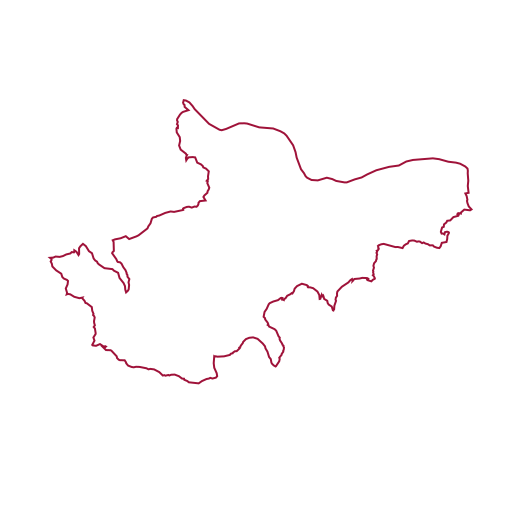 Vetel, Hunedoara, Romania (Equal Earth projection), rotated 12°
{"feature_id": "2599482B75379563819693", "entity_name": "Vetel", "entity_type": "district", "adm_level": 2, "iso_a3": "ROU", "parent_name": "Romania", "parent_adm1": "Hunedoara", "projection": "equal_earth", "projection_center": [22.747, 45.868], "detail": "fine", "context": "isolated", "style": "outline", "palette": "rose", "viewbox_px": 512, "rotation_deg": 12, "n_neighbors": 0, "source": "geoboundaries", "source_scale": "gbopen_adm2", "svg_char_len": 6119}
<svg xmlns="http://www.w3.org/2000/svg" viewBox="0 0 512 512"><g transform="rotate(12 256 256)"><path d="M78.8,332.9L79.8,332.2L82.3,332.1L86.7,333.7L92.0,334.0L94.8,332.8L94.6,333.3L97.6,335.5L99.0,337.4L100.3,337.4L106.0,340.1L107.2,343.6L109.1,346.4L108.9,347.6L110.2,348.5L111.0,349.7L111.1,353.4L111.6,355.1L112.8,357.3L112.0,359.2L113.5,360.4L115.2,364.8L115.3,365.7L113.9,369.5L115.6,372.4L114.3,377.0L114.9,377.4L118.2,377.1L121.7,374.6L125.5,376.1L126.8,376.3L127.2,375.6L128.0,375.8L127.4,376.6L125.2,376.9L128.8,379.2L133.3,378.4L134.3,378.7L140.6,383.1L141.3,384.7L143.3,386.0L144.6,386.2L149.2,385.3L151.1,387.2L151.3,387.9L153.7,389.8L157.4,390.4L159.5,390.3L161.7,389.3L165.2,388.7L172.2,388.6L174.4,389.2L176.0,388.4L179.9,388.1L185.6,389.7L189.7,392.3L191.1,391.6L192.3,391.9L195.0,390.6L196.0,390.9L197.7,389.8L201.1,388.9L205.6,389.6L209.2,391.3L211.1,391.0L211.6,392.0L214.9,392.6L216.5,393.5L226.4,392.5L229.1,389.6L233.2,386.6L235.4,385.7L236.6,384.7L238.9,384.9L242.1,383.3L243.0,381.6L241.9,378.8L238.4,374.0L236.9,369.6L236.0,362.7L236.8,363.0L237.3,362.5L239.2,362.5L245.6,360.8L251.0,358.2L251.6,356.9L253.4,356.0L253.4,355.5L255.1,353.6L256.9,353.1L259.2,349.7L258.7,349.1L259.6,348.2L259.7,347.0L261.2,343.9L261.3,342.7L263.4,339.4L266.4,337.4L270.1,336.2L274.8,336.7L280.8,340.2L283.6,342.5L284.5,344.4L287.1,347.2L289.8,352.1L291.9,353.8L293.2,357.0L293.9,357.9L296.0,359.3L298.1,360.0L298.4,359.7L300.6,354.2L300.6,351.8L299.9,350.7L301.6,347.3L301.5,346.4L302.6,343.9L302.3,343.2L302.6,341.9L302.4,339.7L301.5,338.6L301.5,338.0L300.2,337.2L299.9,336.4L297.2,333.7L296.3,332.3L296.2,330.9L294.8,329.9L291.3,324.9L289.4,323.7L283.5,322.3L282.8,321.4L281.8,321.0L282.2,320.2L281.2,318.7L278.2,316.2L277.8,315.0L276.1,313.9L276.0,308.9L277.4,305.6L278.5,300.5L279.2,299.3L282.4,296.9L286.7,294.6L288.9,292.0L289.7,291.6L290.2,291.6L290.0,292.0L290.7,293.3L291.4,293.0L292.4,293.3L292.4,292.3L293.6,291.3L294.8,288.4L297.6,286.2L298.6,284.9L299.4,285.1L300.4,282.5L300.6,279.9L302.4,276.9L306.6,273.6L311.7,273.9L313.0,274.6L312.8,276.0L313.0,275.4L313.4,275.8L315.4,275.4L318.6,275.6L323.5,278.0L326.0,281.0L327.2,284.8L327.8,284.5L328.3,280.5L328.9,281.5L329.3,281.3L329.1,280.5L329.3,280.5L329.8,281.3L330.0,280.8L330.3,281.2L331.6,283.8L335.0,285.0L335.9,287.1L337.2,288.4L340.6,289.7L342.5,293.1L343.0,293.2L343.1,292.3L343.5,292.0L343.0,288.3L343.6,283.2L342.9,282.2L342.8,280.1L343.6,278.1L343.0,275.7L343.0,273.8L346.4,268.2L351.8,262.7L353.4,259.9L354.7,258.6L355.2,259.6L355.7,259.6L355.7,260.4L356.3,259.5L356.2,259.0L357.1,258.0L362.0,256.5L364.5,255.3L369.2,254.5L370.6,254.9L370.5,255.5L369.7,256.1L370.0,256.4L374.1,256.8L375.2,255.0L376.9,253.6L376.9,253.1L375.5,251.3L374.3,250.5L374.9,249.5L373.9,247.5L374.0,246.8L373.5,246.0L373.8,242.9L372.9,241.2L373.0,238.6L374.4,236.0L374.4,234.3L374.7,233.8L374.0,231.1L374.2,229.3L373.2,227.9L373.6,226.6L373.0,225.8L374.0,225.0L374.6,223.5L373.8,222.7L373.9,221.9L373.2,220.8L373.8,220.0L376.1,218.5L378.4,217.6L390.5,218.3L392.8,217.7L397.7,217.8L398.5,215.2L400.1,213.4L401.9,212.1L402.6,209.5L405.6,208.3L407.6,208.0L410.5,208.6L411.6,208.0L413.2,207.8L415.8,208.9L417.2,207.9L419.1,208.6L421.7,208.7L423.7,209.5L426.7,208.8L428.2,209.8L431.3,210.3L433.7,210.1L434.6,208.2L435.0,204.5L439.4,202.7L439.5,199.7L439.0,196.4L439.9,193.5L439.8,192.9L439.3,192.6L437.8,192.5L435.9,193.4L435.8,195.7L434.1,195.1L432.9,195.5L431.8,194.0L431.8,193.2L432.1,189.4L433.6,188.4L433.3,186.0L435.2,183.7L435.7,181.8L438.6,180.8L441.0,176.9L445.5,174.6L445.7,173.7L444.3,173.2L444.5,172.4L445.4,171.9L447.6,171.9L447.4,170.9L450.1,167.3L455.9,166.8L457.1,165.6L453.8,163.3L451.9,160.4L450.9,158.2L451.1,157.1L449.6,153.6L447.8,151.3L450.8,150.0L448.6,143.5L448.0,138.3L445.9,131.1L445.5,128.6L444.7,126.5L442.0,124.9L436.5,123.3L432.2,123.1L424.5,123.8L415.0,123.2L408.7,123.7L389.6,129.4L383.4,132.3L376.9,137.8L367.7,141.1L355.9,147.1L347.9,153.0L343.0,157.2L336.7,160.5L329.5,165.1L327.4,165.6L318.8,165.9L314.6,164.9L309.0,164.7L300.7,169.2L294.5,170.1L289.7,168.8L287.9,167.6L285.7,165.0L282.0,161.8L275.3,151.3L273.1,146.2L269.3,140.0L260.9,132.0L258.1,130.2L253.9,128.9L246.3,127.7L232.4,129.5L219.8,128.3L217.0,128.6L211.9,129.8L200.4,137.9L196.3,140.1L194.1,140.1L182.6,136.5L165.5,125.1L162.8,122.5L158.9,119.6L155.1,118.5L152.9,118.6L152.8,121.2L153.7,122.6L154.7,123.1L155.2,125.0L159.6,127.4L154.7,130.2L153.5,131.4L152.3,133.4L150.4,138.5L150.6,139.8L151.6,141.1L151.3,143.5L152.5,144.4L153.0,147.1L151.9,147.1L151.7,148.1L152.8,151.6L156.7,155.6L157.9,159.3L157.8,163.9L160.2,167.6L166.2,170.5L167.1,171.8L167.5,171.7L167.0,174.6L167.9,176.9L168.6,175.0L169.7,173.5L173.5,172.4L176.0,172.2L179.1,176.9L183.1,177.8L185.3,179.1L186.0,180.3L188.9,180.9L192.2,183.0L192.5,188.1L193.2,190.6L192.2,192.7L193.3,192.9L193.2,194.8L196.1,198.9L195.9,200.8L195.2,202.7L195.3,204.3L192.9,207.5L192.3,209.2L195.1,212.2L189.7,214.0L188.7,215.9L188.9,217.1L188.6,218.7L187.6,220.2L185.6,220.4L183.1,222.0L180.2,221.7L178.1,222.4L175.2,224.3L174.8,224.8L175.3,226.0L175.0,226.2L166.7,229.9L163.2,230.2L158.3,232.7L153.0,236.5L150.8,237.5L150.3,238.4L147.3,239.7L146.4,241.2L146.0,246.0L144.5,249.4L144.1,251.6L136.8,260.2L134.9,261.7L128.4,265.8L124.5,263.7L119.9,266.8L114.7,269.0L112.6,270.4L113.8,271.9L115.9,280.6L114.8,282.3L114.7,283.2L120.0,288.1L121.5,290.2L122.2,290.6L124.2,290.4L126.0,291.4L128.6,294.6L131.3,297.0L133.0,299.5L133.1,300.3L134.1,301.2L134.6,303.0L136.9,304.9L136.8,308.3L137.9,310.7L138.4,315.1L137.9,316.6L136.5,318.6L135.1,316.0L134.1,312.7L132.1,310.0L127.1,305.9L124.6,301.1L120.1,299.9L118.3,298.7L110.3,299.4L104.2,296.9L102.7,296.0L101.7,294.6L99.6,293.8L97.7,292.2L95.0,287.4L91.6,286.0L87.5,281.7L84.2,280.1L82.2,283.0L81.3,285.2L82.6,290.8L82.2,292.0L79.5,289.2L77.1,288.2L77.4,289.8L77.2,290.3L74.9,290.5L73.9,292.1L70.1,293.9L67.2,296.2L64.1,297.7L60.1,298.2L58.0,299.7L54.9,300.6L56.7,301.6L56.8,302.8L56.3,304.0L57.9,306.0L59.0,308.6L63.5,311.6L69.2,313.8L70.9,316.8L72.7,318.0L76.1,318.7L77.3,319.5L77.6,323.0L76.7,327.3L78.9,331.4L78.8,332.9Z" fill="none" stroke="#9f1239" stroke-width="2"/></g></svg>